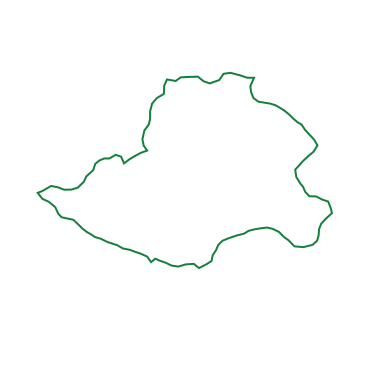 the district of Córrego do Bom Jesus, Minas Gerais, Brazil, rotated 238°
{"feature_id": "56859067B97735160434443", "entity_name": "Córrego do Bom Jesus", "entity_type": "district", "adm_level": 2, "iso_a3": "BRA", "parent_name": "Brazil", "parent_adm1": "Minas Gerais", "projection": "albers", "projection_center": [-45.994, -22.626], "detail": "fine", "context": "isolated", "style": "outline", "palette": "green", "viewbox_px": 384, "rotation_deg": 238, "n_neighbors": 0, "source": "geoboundaries", "source_scale": "gbopen_adm2", "svg_char_len": 1708}
<svg xmlns="http://www.w3.org/2000/svg" viewBox="0 0 384 384"><g transform="rotate(238 192 192)"><path d="M256.0,305.1L259.8,299.2L265.2,294.8L272.7,287.8L275.5,281.4L272.5,274.4L274.7,264.6L279.8,260.5L286.7,258.1L291.6,249.7L295.2,243.2L294.8,237.0L300.7,230.4L296.8,224.7L290.1,220.2L290.3,212.1L288.1,205.0L282.6,199.2L276.2,195.2L272.2,191.2L269.4,184.2L263.0,177.9L256.9,175.6L250.9,175.9L252.3,169.4L252.8,162.7L252.9,156.3L252.3,149.5L259.5,150.6L264.0,147.0L264.2,139.7L267.0,135.2L267.8,130.2L267.1,124.8L262.9,119.8L261.2,110.6L258.0,105.8L256.2,97.4L258.0,90.9L261.7,84.8L267.0,80.8L271.8,75.7L272.1,66.2L273.0,60.7L265.5,61.5L259.5,65.4L251.6,68.0L244.8,67.1L239.7,68.0L236.2,71.6L231.4,76.6L224.6,78.4L219.2,79.7L214.2,81.4L209.9,83.8L205.3,85.8L200.8,89.8L194.1,94.0L186.8,100.2L180.6,103.6L176.0,108.5L171.5,112.0L166.9,115.8L160.9,119.8L154.2,120.1L154.9,125.5L150.9,128.2L145.8,132.3L140.4,135.7L136.0,140.9L133.9,148.4L130.1,155.4L123.8,157.6L123.1,165.8L123.1,171.9L127.5,176.2L129.9,181.5L133.2,186.2L134.5,192.1L133.5,198.0L131.4,207.0L129.1,214.1L129.1,219.3L127.5,224.5L125.0,230.6L122.1,236.8L118.2,240.7L112.1,244.6L105.5,246.0L100.1,248.2L91.6,250.1L86.2,257.3L83.3,266.2L84.4,272.3L88.0,276.3L93.3,280.2L96.6,284.7L98.4,291.1L99.9,299.5L105.3,301.2L111.8,302.4L116.6,298.4L122.4,295.0L126.2,289.3L132.2,288.1L137.4,288.9L142.3,288.3L149.5,288.4L156.3,291.4L157.9,297.3L159.4,302.4L160.9,309.9L161.7,316.3L165.1,323.1L171.6,323.3L178.5,322.0L184.8,320.8L191.2,320.6L195.6,318.3L200.8,316.7L206.0,315.5L211.2,313.8L216.2,311.5L221.0,309.0L225.3,305.4L229.5,300.6L233.4,296.2L239.1,293.9L245.3,295.0L250.9,297.6L256.0,305.1Z" fill="none" stroke="#15803d" stroke-width="2"/></g></svg>